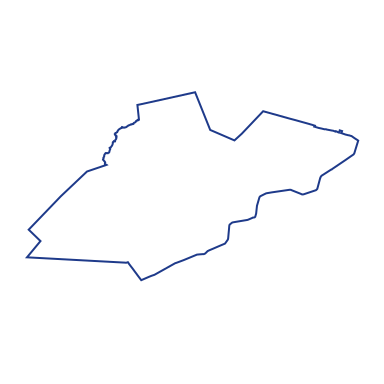 the district of Praxedis G. Guerrero, Chihuahua, Mexico, rotated 102°
{"feature_id": "50627088B15467303172714", "entity_name": "Praxedis G. Guerrero", "entity_type": "district", "adm_level": 2, "iso_a3": "MEX", "parent_name": "Mexico", "parent_adm1": "Chihuahua", "projection": "natural_earth1", "projection_center": [-105.952, 31.249], "detail": "fine", "context": "isolated", "style": "outline", "palette": "blue", "viewbox_px": 384, "rotation_deg": 102, "n_neighbors": 0, "source": "geoboundaries", "source_scale": "gbopen_adm2", "svg_char_len": 4576}
<svg xmlns="http://www.w3.org/2000/svg" viewBox="0 0 384 384"><g transform="rotate(102 192 192)"><path d="M288.8,223.3L284.1,216.7L282.4,214.2L280.8,211.5L265.1,193.6L264.5,192.5L263.3,190.6L260.3,185.9L252.2,174.1L251.8,172.8L251.4,171.5L250.6,168.8L250.3,167.5L249.6,166.5L248.1,165.4L247.4,165.0L246.5,164.4L246.1,163.8L245.5,163.1L243.0,159.5L242.0,158.1L241.5,157.4L237.9,152.3L235.7,149.1L235.4,148.9L231.5,147.2L230.8,147.0L230.3,147.0L229.7,147.0L226.5,147.4L222.2,147.9L219.0,148.3L217.4,148.5L216.8,148.5L216.1,148.4L213.7,146.5L213.2,145.7L212.0,142.7L207.8,132.0L207.4,131.3L205.0,127.9L204.4,127.2L204.0,125.9L203.7,125.4L203.0,125.0L200.1,124.8L199.5,124.8L191.8,125.6L190.9,125.5L184.1,125.0L183.1,124.9L182.2,124.5L181.7,124.0L179.3,121.0L177.9,119.2L177.6,118.5L175.7,113.7L169.5,96.9L169.3,95.9L169.6,94.5L171.2,85.1L171.5,83.8L171.1,82.4L164.5,71.2L163.9,70.7L162.9,70.1L151.6,69.5L151.5,69.4L150.2,69.2L149.1,68.6L141.1,60.5L141.0,60.1L140.2,59.5L128.9,48.6L124.1,44.1L121.7,41.8L120.5,41.3L119.5,41.2L117.1,41.0L107.2,40.1L106.6,41.4L106.5,41.8L105.8,43.6L105.1,45.3L104.1,47.6L104.1,48.3L104.0,49.3L103.9,49.9L104.0,50.9L103.9,53.1L103.9,53.8L103.3,58.5L102.8,58.2L101.9,58.0L101.2,57.9L101.0,60.3L101.3,60.3L101.9,60.4L102.2,60.5L102.5,60.6L103.2,60.7L103.3,60.7L103.3,61.1L103.2,61.5L103.0,62.5L102.8,62.7L102.7,63.5L102.6,64.0L103.1,64.3L102.8,66.0L102.7,66.8L102.8,67.8L102.9,73.4L102.8,73.6L102.8,74.1L102.9,74.6L103.1,75.3L103.1,75.8L103.0,78.4L103.0,79.9L103.0,81.4L102.7,85.1L102.6,85.7L102.6,85.9L101.6,85.6L101.5,86.8L101.3,88.6L101.2,90.6L101.1,91.3L101.1,91.5L100.8,96.2L100.7,98.0L100.4,102.7L100.2,105.9L99.9,112.0L98.2,139.2L124.6,155.4L132.7,161.2L127.5,187.1L93.8,209.7L116.5,259.6L118.2,263.5L132.3,258.9L132.8,259.2L132.6,259.8L132.6,260.0L132.8,260.3L133.0,260.4L133.3,260.4L133.6,260.5L133.9,260.8L134.0,261.0L134.1,261.3L134.3,261.5L134.6,261.5L135.0,261.6L135.3,261.8L135.7,262.1L136.1,262.7L136.4,263.1L136.6,263.2L136.9,263.3L137.2,263.4L137.5,263.4L137.6,263.5L137.8,263.8L137.9,264.1L137.8,264.5L138.0,264.8L138.5,265.1L138.6,265.3L138.6,265.9L138.8,266.2L139.2,266.5L139.4,266.8L139.7,267.2L139.9,267.7L140.1,268.0L140.3,268.2L140.6,268.4L140.9,268.6L141.0,268.8L141.6,269.3L141.8,269.5L142.0,269.6L142.2,269.8L142.7,270.7L142.7,270.9L142.9,271.1L143.0,271.4L143.1,271.5L143.1,271.9L143.3,272.4L143.1,273.1L143.0,273.4L143.0,273.8L143.0,274.0L143.3,274.1L143.5,274.1L143.7,273.9L143.9,273.9L144.0,274.0L144.1,274.4L144.2,274.7L144.6,275.0L144.8,275.3L145.0,275.5L145.2,275.8L145.5,276.0L145.9,276.4L146.5,276.9L147.3,277.1L148.0,277.5L148.6,277.6L149.0,277.6L149.2,277.9L149.7,278.3L149.9,278.5L150.2,279.1L150.5,279.3L151.0,279.3L151.4,279.6L151.6,279.5L151.7,279.3L151.9,279.2L152.0,279.0L152.0,278.9L152.4,278.8L152.5,278.7L152.5,278.3L152.5,278.2L152.7,277.9L152.8,278.0L153.0,278.1L153.2,277.9L153.1,277.7L153.4,277.4L153.6,277.5L153.8,277.6L154.1,277.7L154.3,277.6L154.3,277.3L154.4,277.2L154.5,277.2L154.5,277.3L154.9,277.2L155.0,277.2L155.2,277.3L155.4,277.3L155.6,277.2L155.8,277.2L156.4,277.5L157.0,277.8L157.3,277.9L157.8,277.8L158.3,277.8L158.5,277.8L158.6,278.1L158.6,278.6L158.6,278.8L158.6,279.0L158.8,279.0L159.0,279.1L159.3,279.2L159.5,279.4L159.5,279.6L159.9,279.8L160.2,279.6L160.6,279.6L161.1,279.6L161.6,279.6L162.1,279.6L162.5,279.7L163.0,279.8L163.3,279.9L163.8,280.1L164.3,280.4L165.2,280.7L165.7,281.0L165.8,281.1L165.7,281.3L165.7,281.5L165.8,281.7L165.9,281.8L166.2,281.7L166.5,281.4L166.7,281.1L166.9,281.0L167.3,280.9L167.7,281.0L168.2,281.2L168.9,281.2L169.5,281.2L170.2,281.2L170.7,281.4L170.9,281.7L171.1,282.1L171.6,282.4L171.6,282.7L171.6,283.1L171.7,283.4L171.8,283.5L171.8,283.8L171.7,284.0L171.7,284.3L171.9,284.6L173.0,285.1L173.4,285.3L173.8,285.4L174.3,285.5L174.5,285.4L174.8,285.4L175.1,285.4L175.3,285.3L175.5,285.3L175.8,285.3L176.3,285.6L176.7,285.7L177.0,285.8L177.2,285.7L177.3,285.6L177.5,285.5L177.8,285.5L178.1,285.6L178.4,285.8L178.6,285.8L178.6,285.7L179.0,285.6L179.3,285.1L179.5,284.9L179.9,284.5L180.1,284.0L180.3,283.8L180.5,283.7L180.7,283.4L181.0,283.1L181.3,283.2L181.5,283.2L182.1,283.1L182.5,283.1L182.8,283.0L183.0,282.9L183.4,282.6L183.4,282.2L183.4,281.8L183.2,281.6L183.1,281.4L183.2,281.2L193.8,299.0L223.4,319.4L224.2,319.9L262.8,343.9L271.5,330.0L290.2,339.8L276.0,249.1L275.0,242.7L274.9,241.7L274.0,240.1L274.6,239.5L275.0,239.0L275.2,238.9L277.2,236.6L279.3,234.1L279.5,233.9L281.0,232.2L281.3,231.9L281.9,231.2L283.9,228.9L284.0,228.8L285.0,227.7L285.5,227.1L286.2,226.3L287.6,224.7L288.8,223.3Z" fill="none" stroke="#1e3a8a" stroke-width="2"/></g></svg>